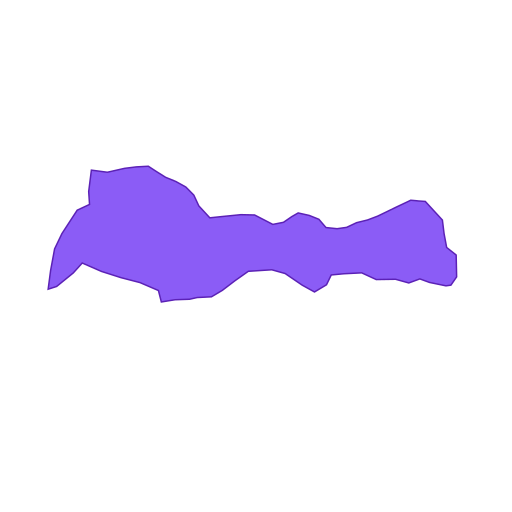 the district of Voni, Cyprus, rotated 299°
{"feature_id": "46923920B56038902330980", "entity_name": "Voni", "entity_type": "district", "adm_level": 2, "iso_a3": "CYP", "parent_name": "Cyprus", "parent_adm1": "", "projection": "albers", "projection_center": [33.505, 35.215], "detail": "fine", "context": "isolated", "style": "filled", "palette": "violet", "viewbox_px": 512, "rotation_deg": 299, "n_neighbors": 0, "source": "geoboundaries", "source_scale": "gbopen_adm2", "svg_char_len": 1084}
<svg xmlns="http://www.w3.org/2000/svg" viewBox="0 0 512 512"><g transform="rotate(299 256 256)"><path d="M169.9,195.5L178.5,206.4L186.0,218.9L191.1,224.6L198.7,236.8L209.6,243.2L224.2,249.6L238.9,256.7L251.6,276.5L254.8,290.0L252.9,310.5L252.9,324.6L265.0,331.6L275.9,331.0L282.9,341.2L292.5,356.6L293.7,372.6L303.3,389.3L306.5,402.7L315.4,410.4L317.0,420.6L322.0,436.6L325.0,440.6L335.0,441.6L353.9,430.6L355.9,418.6L366.8,409.6L377.8,401.6L385.8,377.6L382.8,371.2L382.2,369.7L379.8,364.3L377.1,362.4L366.4,354.7L358.1,348.9L349.9,343.1L341.6,336.1L333.9,327.8L325.0,321.4L319.2,313.7L314.8,303.4L318.6,293.2L317.3,282.9L314.1,272.0L307.8,268.2L298.8,263.7L291.8,255.4L291.2,234.9L284.8,222.7L273.3,206.1L267.0,197.1L272.1,181.7L279.1,172.1L282.3,161.2L282.3,149.7L281.0,138.8L281.6,127.9L282.3,118.3L275.9,108.1L268.9,98.5L257.2,85.4L251.3,70.4L231.3,78.4L220.4,85.4L209.4,77.4L181.5,75.4L164.6,76.4L143.7,83.4L126.2,90.3L132.7,96.4L152.6,104.4L165.6,107.4L167.6,128.4L171.6,148.4L176.5,167.4L178.5,187.4L169.9,195.5Z" fill="#8b5cf6" stroke="#5b21b6" stroke-width="1.5"/></g></svg>